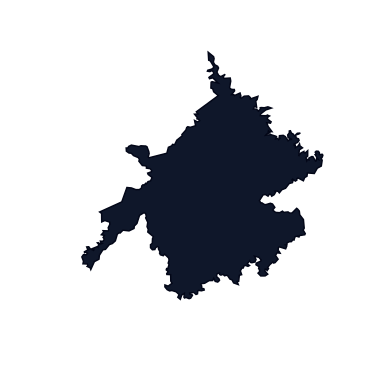 Guarapuava, Paraná, Brazil, rotated 328°
{"feature_id": "56859067B420876687995", "entity_name": "Guarapuava", "entity_type": "district", "adm_level": 2, "iso_a3": "BRA", "parent_name": "Brazil", "parent_adm1": "Paraná", "projection": "albers", "projection_center": [-51.486, -25.326], "detail": "fine", "context": "isolated", "style": "filled", "palette": "ink", "viewbox_px": 384, "rotation_deg": 328, "n_neighbors": 0, "source": "geoboundaries", "source_scale": "gbopen_adm2", "svg_char_len": 6112}
<svg xmlns="http://www.w3.org/2000/svg" viewBox="0 0 384 384"><g transform="rotate(328 192 192)"><path d="M103.1,160.0L104.0,162.3L99.6,169.5L103.0,170.0L106.2,173.9L105.3,175.8L102.0,177.9L101.4,179.8L100.2,180.5L96.1,177.7L96.0,179.1L92.5,180.2L94.7,182.4L92.5,183.5L92.8,185.5L90.2,186.6L88.3,185.1L87.8,186.7L88.5,188.0L86.5,187.4L85.7,185.3L84.8,185.0L85.2,186.9L82.9,189.0L82.6,188.1L77.5,187.2L78.3,189.1L77.6,189.4L75.6,186.3L75.4,183.7L73.6,182.8L73.1,185.2L73.8,186.0L69.1,185.7L68.8,186.5L70.0,186.8L71.0,188.6L69.0,189.2L66.8,187.6L64.2,188.7L63.3,193.2L61.5,195.1L65.1,197.6L64.8,199.1L63.6,199.5L65.5,202.3L65.1,204.1L72.3,199.3L77.5,199.7L79.9,196.6L85.8,193.8L88.2,194.8L94.0,192.8L97.2,193.5L101.1,192.8L106.3,188.2L108.3,187.9L109.3,188.7L113.2,187.8L118.0,191.6L123.5,192.2L125.0,190.3L128.6,189.5L135.1,184.0L140.5,184.1L141.2,186.0L140.3,188.5L139.0,189.4L138.4,194.3L135.5,197.6L135.1,200.5L133.3,202.5L135.6,209.4L133.8,210.6L131.1,214.5L128.9,214.7L127.3,217.3L127.8,220.0L130.0,221.1L131.5,220.0L133.7,219.8L134.4,221.5L133.4,222.4L133.1,226.1L132.1,226.6L131.9,228.5L133.9,230.8L135.9,230.2L137.2,235.5L136.5,237.6L134.1,239.7L134.1,241.4L130.6,244.3L129.9,243.5L128.9,244.4L129.6,246.9L127.3,247.8L127.0,248.6L130.1,250.8L126.8,256.3L126.7,258.8L121.9,259.2L119.8,256.5L118.7,258.1L119.2,261.7L120.6,264.0L122.8,264.9L125.7,268.3L126.7,272.2L124.2,273.7L125.2,276.8L128.8,273.9L131.8,273.9L129.4,277.0L129.5,277.9L131.1,278.3L133.0,280.9L134.6,281.3L137.6,279.9L137.6,278.9L135.9,277.4L136.5,276.3L140.3,278.1L141.1,281.0L142.7,281.3L144.4,279.0L145.5,279.0L147.7,280.8L150.4,281.6L150.8,280.4L149.2,278.6L150.4,276.9L150.5,274.9L151.3,274.7L154.4,276.1L159.5,276.2L162.6,278.0L164.7,276.7L164.3,280.1L166.1,282.0L167.5,281.8L168.6,281.4L168.9,279.7L168.1,277.3L168.5,276.0L169.7,274.7L171.3,274.8L172.4,275.3L171.7,276.6L172.5,277.8L174.7,278.3L175.2,280.3L177.2,280.9L177.9,282.0L178.0,285.9L179.4,287.8L179.1,291.1L182.2,295.0L182.8,291.8L184.3,292.4L188.0,287.7L190.3,288.4L191.2,284.5L193.9,283.0L195.2,283.6L196.8,282.3L198.2,282.4L200.1,284.7L201.8,284.8L200.8,282.2L204.5,280.8L204.4,282.8L205.3,283.7L208.3,284.7L210.5,283.2L210.9,279.5L214.1,282.8L214.6,286.4L213.4,287.0L208.8,286.4L207.7,287.6L209.3,290.9L207.8,292.4L208.2,293.5L207.0,295.4L205.0,295.8L205.8,299.6L209.6,301.9L212.7,301.8L211.9,297.8L213.2,296.2L214.0,296.9L214.1,298.4L216.3,297.5L216.2,296.1L219.3,294.9L223.5,294.2L223.6,295.5L225.0,295.9L229.4,294.6L229.2,289.9L232.0,288.7L234.3,290.6L234.4,288.5L233.2,288.4L235.9,284.9L237.0,284.8L241.3,289.8L243.9,287.9L243.2,286.3L244.8,286.7L245.4,285.6L247.8,285.6L250.1,286.8L252.2,285.8L253.0,286.8L255.7,284.5L258.1,285.3L258.2,286.3L259.1,286.8L259.8,285.8L265.0,288.0L266.0,287.3L266.1,283.2L268.0,282.1L271.9,274.4L271.3,268.4L272.9,265.0L272.5,262.3L272.1,261.3L265.7,262.8L263.7,261.7L262.9,259.8L259.0,257.9L258.6,256.2L255.4,256.0L252.1,253.6L250.8,250.1L254.1,248.9L253.9,244.8L252.5,243.1L247.8,241.8L246.6,240.7L245.5,238.2L244.6,238.0L244.6,235.0L250.8,232.1L252.9,233.0L254.3,235.8L256.6,234.8L257.5,235.7L257.4,237.8L260.3,237.8L263.2,236.2L262.8,235.2L263.9,235.5L265.4,237.2L265.6,239.0L269.4,237.7L273.3,238.4L279.0,236.3L282.1,237.3L283.6,236.0L283.1,234.7L284.2,234.4L285.4,237.5L287.2,237.5L287.9,236.3L289.3,236.2L292.4,241.5L295.3,239.4L297.8,239.6L300.0,237.0L305.5,241.1L310.9,238.2L315.4,238.5L319.1,234.2L319.7,231.3L320.9,231.5L322.5,230.1L322.4,229.0L319.8,227.8L320.9,226.0L320.7,224.4L319.0,223.2L317.6,223.5L317.4,225.7L316.2,225.5L316.3,231.2L315.3,229.7L314.0,231.4L313.1,231.3L313.3,226.1L312.3,225.4L309.1,225.2L308.2,226.8L307.4,225.7L305.8,226.5L306.9,223.2L309.1,222.9L312.0,218.3L308.4,218.9L307.9,217.9L308.4,216.9L305.0,216.6L301.4,218.2L305.4,213.1L309.1,213.1L308.0,210.1L308.7,208.1L306.4,209.2L303.1,209.2L304.4,207.0L303.4,206.6L304.0,205.4L307.9,205.9L310.2,204.9L310.5,203.3L309.0,201.5L310.0,198.5L308.6,198.6L308.4,196.0L307.5,195.0L307.9,192.2L306.9,191.8L305.7,193.5L303.4,194.3L302.3,196.8L304.8,200.4L302.4,199.2L300.6,199.5L300.5,194.5L299.4,192.3L296.0,190.6L295.0,191.9L295.2,193.1L293.3,193.6L293.3,192.0L291.0,191.3L293.0,189.7L292.4,188.8L289.3,185.2L284.4,182.9L286.5,182.2L289.4,183.2L289.7,181.7L291.8,183.2L291.3,176.8L292.1,172.8L295.0,175.2L296.3,174.4L294.5,170.0L296.1,168.6L298.0,168.6L296.6,166.6L295.8,166.9L290.4,163.4L291.4,162.2L298.0,161.5L303.8,162.9L301.5,160.0L298.0,158.9L295.2,156.9L294.3,156.8L294.2,157.9L291.2,158.6L290.6,156.0L288.0,154.1L290.3,152.5L291.7,154.4L294.3,148.6L296.2,148.1L298.6,145.8L290.8,144.0L291.5,142.8L290.9,140.5L287.0,138.4L283.3,138.6L283.1,137.2L284.3,136.6L285.2,133.5L279.0,132.7L279.1,131.7L277.1,130.4L281.7,128.8L282.2,127.5L280.0,126.0L279.1,124.4L279.3,123.2L283.6,118.5L284.8,115.6L279.4,112.7L279.4,110.9L282.5,109.8L277.5,109.4L276.4,107.3L276.6,103.5L280.2,100.9L280.4,99.0L278.8,96.2L278.9,93.2L281.4,90.6L282.0,88.7L279.8,82.1L276.0,89.1L277.0,90.5L276.9,97.1L275.8,98.1L273.8,98.2L269.9,97.1L269.1,97.7L271.0,99.4L273.2,99.6L273.8,101.5L273.0,103.3L267.1,103.8L266.9,105.2L270.1,106.2L271.9,113.4L267.5,109.1L266.4,109.0L263.1,113.9L264.3,115.4L263.5,118.5L265.4,124.2L238.2,126.3L238.5,129.0L235.4,127.4L235.9,131.7L235.0,132.5L236.3,134.2L236.3,135.6L233.8,135.5L232.1,132.7L230.2,137.7L224.9,136.3L223.0,134.4L221.7,134.5L219.7,136.2L213.9,137.9L213.5,139.2L206.6,140.0L202.3,142.7L200.7,141.3L199.3,142.1L195.7,141.6L191.2,145.8L173.7,140.2L173.4,139.1L176.0,136.7L176.8,134.7L177.8,129.8L177.1,128.5L173.1,125.7L171.1,125.4L165.4,120.1L162.4,119.8L161.0,120.7L159.5,119.8L158.0,122.6L159.2,125.5L161.1,127.0L161.7,130.1L164.7,134.4L164.7,136.4L163.3,137.7L163.9,143.2L166.5,145.2L166.9,146.3L166.0,147.6L168.9,150.1L169.2,152.4L168.2,153.3L164.4,152.5L164.1,153.9L165.8,158.3L165.0,159.1L162.7,160.6L160.2,159.9L157.7,160.9L157.3,160.1L155.2,160.8L154.3,159.9L152.7,160.2L151.0,162.0L148.5,162.0L145.6,160.2L142.8,156.5L139.2,153.7L127.2,163.2L103.1,160.0ZM289.7,181.7L288.6,181.2L289.3,180.5L289.7,181.7ZM310.0,198.5L313.2,199.4L315.1,199.4L312.4,198.0L310.0,198.5Z" fill="#0f172a" stroke="#020617" stroke-width="1.5"/></g></svg>